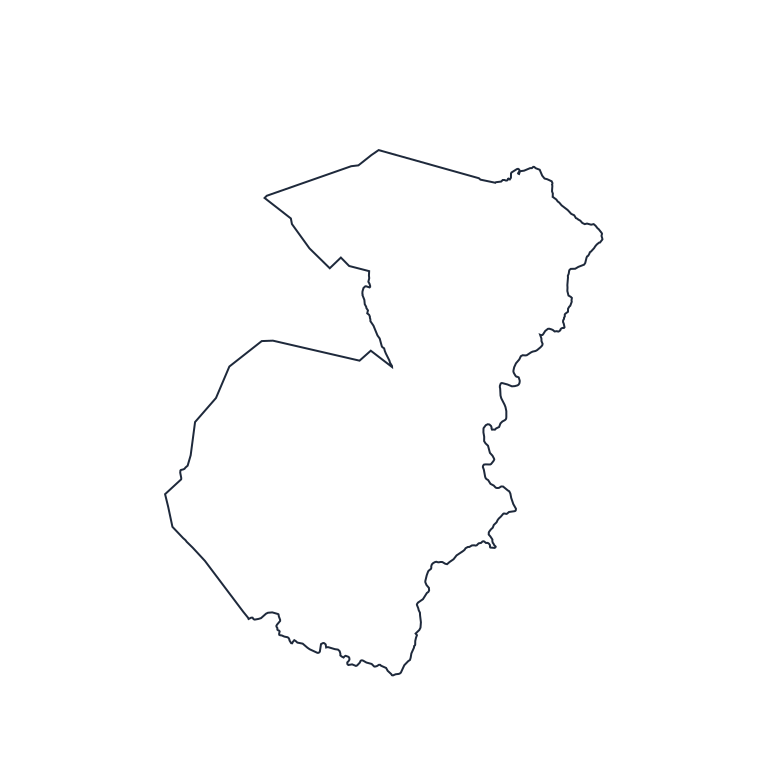 Marahoue, Marahoué, Ivory Coast, rotated 45°
{"feature_id": "98640826B99867209198649", "entity_name": "Marahoue", "entity_type": "district", "adm_level": 2, "iso_a3": "CIV", "parent_name": "Ivory Coast", "parent_adm1": "Marahoué", "projection": "albers", "projection_center": [-5.732, 7.127], "detail": "fine", "context": "isolated", "style": "outline", "palette": "slate", "viewbox_px": 768, "rotation_deg": 45, "n_neighbors": 0, "source": "geoboundaries", "source_scale": "gbopen_adm2", "svg_char_len": 6165}
<svg xmlns="http://www.w3.org/2000/svg" viewBox="0 0 768 768"><g transform="rotate(45 384 384)"><path d="M495.8,333.0L494.2,329.5L494.2,326.8L495.0,324.2L495.1,322.9L494.7,321.9L493.9,320.9L489.7,316.7L486.2,314.4L483.9,313.4L477.1,311.2L474.6,309.8L469.4,305.1L468.1,304.3L467.2,303.3L466.2,301.1L466.6,300.0L467.7,299.3L471.7,297.0L476.1,295.2L478.0,293.0L479.4,290.5L479.6,289.2L479.3,287.9L478.4,286.5L477.5,285.6L474.6,284.1L473.4,284.5L472.4,285.2L471.1,285.2L468.1,284.4L466.8,283.8L465.9,282.8L464.2,280.1L463.2,277.4L462.7,276.1L462.3,271.0L461.1,267.6L461.7,265.6L463.8,263.8L464.6,262.7L465.6,257.7L466.2,256.0L467.8,253.5L468.3,251.8L468.7,247.4L468.6,244.9L467.8,243.5L465.0,242.3L463.1,240.5L459.6,238.8L460.5,238.4L461.3,237.4L461.4,236.6L460.5,232.5L460.9,229.1L461.7,228.1L463.9,226.9L465.3,226.4L467.5,226.2L468.9,224.4L470.1,223.8L470.5,223.0L470.7,221.4L470.2,220.7L470.1,219.4L470.6,218.1L471.6,217.2L471.5,216.2L468.2,214.1L467.0,213.7L466.1,212.9L465.6,212.1L465.2,210.6L464.4,209.8L464.1,208.4L462.8,207.2L462.5,206.3L463.0,202.8L460.9,200.6L460.3,198.2L460.4,197.0L458.6,193.1L457.4,192.2L456.0,190.3L454.5,190.3L451.9,191.0L447.9,188.6L445.6,186.1L443.7,184.4L438.7,178.5L437.5,177.5L436.7,175.5L434.8,172.9L434.5,172.0L434.7,170.5L437.7,167.3L438.6,163.8L441.1,158.1L440.7,156.1L437.9,151.5L437.4,150.2L437.7,148.9L437.0,146.4L436.4,145.3L436.7,144.1L436.5,139.4L436.0,137.3L435.8,134.9L436.1,132.0L436.7,131.2L436.2,127.3L435.4,126.7L433.1,125.5L431.9,123.6L431.1,123.3L426.2,122.7L425.0,122.9L421.7,122.5L419.2,122.7L417.8,124.9L414.1,127.0L412.9,129.0L410.3,129.9L407.3,129.7L404.9,130.4L403.9,130.4L402.4,131.0L399.2,130.2L396.1,131.3L390.9,131.1L383.3,132.1L379.6,131.8L377.8,132.1L375.4,131.7L370.9,132.4L370.6,131.8L369.8,131.2L368.8,130.0L366.5,128.9L362.9,124.8L361.8,124.2L361.6,123.5L361.0,122.8L359.2,122.1L354.6,123.8L352.2,125.2L348.5,124.8L342.6,122.4L338.8,124.1L336.7,124.3L336.0,124.9L335.9,126.8L334.7,128.0L332.2,134.1L330.0,137.0L329.9,137.9L331.0,140.0L330.3,140.3L329.8,140.2L329.2,137.6L328.3,136.9L327.8,136.8L326.6,137.1L326.0,138.1L324.6,144.3L325.0,145.4L327.9,148.4L328.3,150.4L326.7,150.8L326.6,151.3L327.2,152.5L327.1,153.0L326.4,153.9L324.9,154.6L323.7,155.8L323.7,158.0L320.6,162.0L320.3,162.6L320.4,163.0L307.7,171.3L305.6,171.4L214.8,222.4L213.2,231.1L211.3,247.5L206.8,253.2L168.0,333.8L168.0,336.9L201.1,332.8L205.8,336.0L235.4,340.8L263.8,340.5L264.1,325.1L275.9,325.2L293.7,314.7L296.7,318.0L298.7,319.6L300.7,322.8L302.7,323.3L304.8,324.4L305.5,325.1L305.5,325.9L302.2,327.6L301.7,328.2L301.6,330.6L303.3,333.7L304.7,335.3L305.5,335.7L305.8,336.3L310.6,338.4L314.0,341.2L316.8,342.0L317.9,342.8L320.6,343.3L322.2,345.9L324.5,345.6L326.3,346.3L327.4,347.3L328.5,347.8L330.0,349.2L335.3,350.2L345.1,354.3L348.8,354.9L355.8,358.9L356.7,359.1L358.9,358.7L361.1,360.0L363.7,361.1L371.2,363.6L373.2,364.7L376.9,365.6L377.7,366.3L351.1,369.8L350.2,384.8L274.8,431.9L267.2,440.1L262.3,481.0L275.1,512.7L277.3,544.5L297.7,571.1L302.9,580.6L302.7,583.5L302.9,585.0L302.5,586.2L301.2,588.4L301.2,589.1L302.6,590.8L307.2,593.9L308.0,594.9L307.1,616.7L318.3,623.5L335.4,634.6L350.9,635.0L354.1,634.8L356.0,635.1L364.4,635.0L382.4,635.7L445.5,644.6L453.1,645.4L454.4,645.9L455.3,643.2L456.3,642.2L458.1,642.5L459.2,642.0L461.4,638.8L462.6,636.5L463.0,629.8L463.7,627.8L466.5,624.5L471.7,621.6L472.3,621.5L474.0,622.7L477.3,624.2L478.1,625.0L478.5,629.8L478.9,631.1L479.5,631.6L481.2,632.0L482.3,633.1L483.4,633.0L484.1,632.6L485.1,632.7L486.4,634.7L487.2,635.4L488.2,635.1L489.5,634.1L492.1,633.1L495.0,631.2L496.4,631.1L497.8,631.6L498.6,632.2L501.6,632.9L502.4,632.3L501.9,630.8L501.7,628.6L503.3,628.2L505.6,628.1L510.1,625.1L516.4,624.6L519.1,624.1L527.0,621.2L527.8,620.3L528.0,619.4L527.8,618.5L523.4,612.5L523.9,610.7L524.2,610.1L525.1,609.5L526.9,609.4L529.4,611.2L529.8,610.4L530.7,609.5L536.8,606.2L539.2,604.4L539.9,604.3L541.6,604.3L543.8,605.5L545.1,606.8L546.9,606.6L548.8,606.0L548.7,604.4L549.1,603.3L551.9,602.0L553.3,602.3L554.5,603.4L554.9,605.0L554.9,606.8L555.7,607.6L556.4,608.0L557.5,607.9L559.7,604.8L563.5,603.2L564.0,602.0L563.9,598.2L563.2,596.2L563.4,595.5L563.9,594.9L564.8,594.4L568.5,593.4L573.2,590.7L576.7,590.7L577.4,590.3L578.4,588.6L579.0,586.1L579.9,585.3L581.1,585.3L586.3,583.3L589.4,584.2L594.2,584.0L595.5,584.3L596.4,583.7L597.5,581.0L599.4,578.6L599.9,577.5L600.0,576.1L597.2,568.5L597.1,562.8L597.5,560.8L596.4,558.7L593.9,555.2L591.6,549.2L590.6,548.0L590.7,547.0L590.4,546.3L587.8,543.6L586.0,540.7L584.9,538.3L582.8,538.1L582.9,533.0L582.1,530.5L578.6,526.4L573.1,522.1L571.1,520.3L568.5,519.4L566.7,518.3L563.4,516.9L563.0,516.4L562.6,514.6L563.7,508.6L562.1,501.5L562.4,499.7L561.9,498.1L559.9,496.4L556.2,496.1L553.5,495.0L552.6,494.2L549.5,489.1L548.0,485.9L547.6,484.7L547.9,481.4L547.4,480.5L546.3,479.5L545.4,477.7L545.4,475.8L546.0,473.8L546.7,472.7L547.9,472.1L548.8,471.4L549.8,469.9L551.2,468.6L554.4,467.8L556.0,466.8L556.2,463.7L557.1,458.7L556.5,453.9L558.1,445.8L558.2,444.1L557.8,442.5L558.5,440.0L559.6,438.8L560.3,436.0L561.8,434.3L563.0,433.5L563.6,432.5L563.6,429.8L565.0,427.7L565.0,425.8L565.4,425.0L566.2,424.5L568.5,424.3L569.7,423.0L571.2,422.7L572.8,423.0L574.2,424.3L574.9,424.4L578.1,421.7L578.3,420.7L577.9,420.0L575.8,420.0L574.1,419.4L573.2,419.4L571.6,418.4L570.6,417.3L567.1,416.6L564.5,416.4L563.1,414.9L562.8,414.1L562.4,411.3L562.5,408.7L561.3,406.0L561.4,402.2L560.6,400.0L560.3,398.0L560.4,395.2L560.1,391.4L560.4,390.7L562.5,389.2L562.7,388.6L562.9,386.1L566.2,381.7L566.6,380.8L566.4,380.0L565.5,378.9L560.4,377.5L554.5,374.6L550.8,372.1L548.4,371.3L546.9,371.7L540.7,372.3L539.3,373.6L538.8,376.0L538.2,376.9L537.4,377.7L536.2,378.3L533.4,378.2L529.9,379.3L525.6,378.3L523.6,378.8L522.2,378.6L521.0,378.0L515.2,374.0L512.6,372.8L512.0,372.0L511.6,370.5L512.3,369.4L516.0,365.8L516.3,364.9L515.9,361.2L515.4,359.5L514.7,359.0L511.5,358.0L507.6,357.8L501.2,354.1L497.8,354.2L495.2,353.6L492.2,350.5L488.5,347.9L486.0,345.3L485.6,344.7L485.1,341.2L485.8,339.1L487.2,338.1L489.3,338.0L490.7,338.6L491.6,339.5L492.7,339.9L493.6,338.8L494.7,337.9L494.7,336.1L495.8,333.0Z" fill="none" stroke="#1e293b" stroke-width="2"/></g></svg>